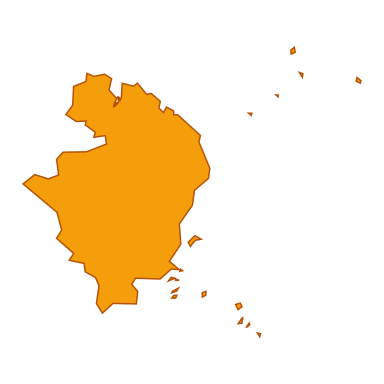 Belitung Timur, Bangka-Belitung, Indonesia (Albers equal-area conic projection)
{"feature_id": "22746128B98690900191937", "entity_name": "Belitung Timur", "entity_type": "district", "adm_level": 2, "iso_a3": "IDN", "parent_name": "Indonesia", "parent_adm1": "Bangka-Belitung", "projection": "albers", "projection_center": [108.219, -2.955], "detail": "medium", "context": "isolated", "style": "filled", "palette": "amber", "viewbox_px": 384, "rotation_deg": 0, "n_neighbors": 0, "source": "geoboundaries", "source_scale": "gbopen_adm2", "svg_char_len": 1885}
<svg xmlns="http://www.w3.org/2000/svg" viewBox="0 0 384 384"><path d="M56.5,238.3L73.7,253.4L69.2,260.3L84.1,263.4L85.2,271.8L95.5,277.5L99.0,285.7L96.4,303.6L102.4,313.1L113.0,303.4L136.3,303.9L137.7,291.4L131.7,284.4L135.5,278.2L160.1,279.0L171.3,269.0L179.3,269.7L169.4,261.3L180.8,244.1L179.3,224.0L192.4,205.2L194.5,190.3L208.5,178.4L209.8,168.2L198.9,141.9L200.4,135.5L177.6,114.7L173.8,114.9L173.5,110.8L166.4,107.1L163.6,112.6L158.9,108.1L160.3,101.3L151.1,93.4L146.8,94.5L137.4,83.2L133.6,86.2L122.3,83.3L121.3,97.6L119.7,101.4L120.1,98.6L118.8,97.3L118.1,103.1L114.4,106.5L113.6,105.9L114.7,102.5L118.2,96.5L116.4,98.3L109.0,89.9L111.6,78.6L104.4,74.2L94.1,76.4L86.9,73.4L85.9,81.5L73.6,86.5L72.7,105.2L65.9,114.5L76.2,121.5L86.1,121.0L85.2,124.9L95.4,132.3L93.8,137.3L105.2,135.6L106.5,144.0L86.5,151.8L63.0,152.2L56.6,159.3L58.6,175.0L48.3,178.9L34.8,174.6L23.0,183.9L57.0,212.3L61.7,230.1L56.5,238.3ZM194.9,235.7L188.2,242.2L190.4,246.4L195.2,240.3L201.1,239.2L194.9,235.7ZM240.3,303.1L235.5,304.5L238.1,309.7L242.0,306.7L240.3,303.1ZM294.3,47.3L290.8,50.1L291.2,54.1L295.2,52.3L294.3,47.3ZM205.9,291.3L202.1,292.8L202.5,297.1L205.9,295.0L205.9,291.3ZM241.9,323.2L242.8,317.0L238.1,323.7L241.9,323.2ZM357.0,77.5L356.2,81.3L360.4,83.1L361.0,80.7L357.0,77.5ZM178.4,288.2L172.6,291.1L171.7,292.8L176.4,291.2L178.4,288.2ZM174.7,278.2L171.2,277.3L168.5,281.0L174.7,278.2ZM176.9,295.2L173.8,295.4L171.7,298.1L175.7,298.1L176.9,295.2ZM302.9,73.9L299.5,72.5L302.3,77.2L302.9,73.9ZM260.5,333.7L257.4,333.0L259.7,336.7L260.5,333.7ZM117.7,102.8L114.9,102.7L114.4,106.1L117.7,102.8ZM246.0,327.7L249.8,324.8L249.2,323.1L246.0,327.7ZM251.8,113.3L248.6,113.2L251.2,115.4L251.8,113.3ZM179.2,280.2L175.4,279.2L175.5,280.5L179.2,280.2ZM278.3,95.2L276.0,94.9L278.0,96.9L278.3,95.2ZM182.5,270.7L180.6,269.2L179.9,271.3L182.5,270.7Z" fill="#f59e0b" stroke="#b45309" stroke-width="1.5"/></svg>